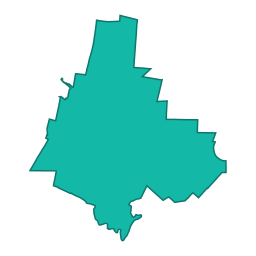 the district of Focsani, Vrancea, Romania
{"feature_id": "2599482B48178817196706", "entity_name": "Focsani", "entity_type": "district", "adm_level": 2, "iso_a3": "ROU", "parent_name": "Romania", "parent_adm1": "Vrancea", "projection": "mercator", "projection_center": [27.2, 45.699], "detail": "fine", "context": "isolated", "style": "filled", "palette": "teal", "viewbox_px": 256, "rotation_deg": 0, "n_neighbors": 0, "source": "geoboundaries", "source_scale": "gbopen_adm2", "svg_char_len": 5667}
<svg xmlns="http://www.w3.org/2000/svg" viewBox="0 0 256 256"><path d="M123.6,240.1L124.0,239.7L124.3,239.0L124.8,238.2L125.4,237.4L126.1,236.4L126.7,235.9L126.9,235.6L127.1,235.2L127.6,234.1L128.2,232.8L128.7,231.7L129.0,231.1L129.3,230.1L129.7,228.6L130.1,227.4L130.5,226.3L131.7,224.2L132.7,222.5L133.0,222.2L133.3,221.7L133.7,221.3L134.3,220.6L134.5,220.4L135.5,219.8L135.9,219.6L136.7,219.4L137.9,219.0L138.3,218.9L138.6,218.8L138.9,218.6L139.3,218.3L140.7,217.3L141.1,216.9L141.3,216.6L141.4,216.0L141.4,215.7L141.4,215.4L141.2,215.2L140.9,214.9L140.7,214.9L139.4,215.1L138.5,215.3L137.8,215.4L137.4,215.2L137.0,215.0L136.5,214.6L135.7,214.9L135.6,215.2L135.4,215.7L135.2,216.1L134.9,216.3L134.5,216.4L134.2,216.6L134.0,216.9L133.9,217.0L133.5,217.2L133.2,217.3L132.9,217.1L132.7,216.9L132.5,216.6L132.3,216.3L132.1,216.0L132.1,215.7L131.9,215.4L131.6,214.9L131.3,214.3L131.1,213.9L130.7,213.1L130.6,212.8L130.5,212.4L130.6,212.0L130.8,211.2L130.9,210.8L131.0,210.5L131.1,209.9L131.0,209.3L131.0,208.6L131.0,208.2L131.1,207.8L131.2,207.5L131.3,206.3L130.4,205.7L129.8,205.2L128.8,204.7L129.3,203.7L130.0,202.5L130.4,202.0L130.7,201.8L131.1,201.5L131.8,201.2L132.8,201.0L133.6,200.6L134.6,200.1L135.7,199.5L136.6,199.1L138.9,198.8L140.2,198.4L140.6,198.2L140.8,198.0L141.1,197.5L142.0,195.7L146.9,185.8L163.1,200.3L165.1,199.1L165.7,198.7L166.3,198.3L166.7,198.0L167.6,197.6L168.7,196.9L172.9,200.6L174.7,202.3L175.1,202.2L175.8,202.2L177.6,201.9L181.5,201.3L183.4,201.0L183.7,200.9L184.9,200.9L186.8,199.0L187.9,198.1L188.3,197.7L189.1,196.7L189.6,196.1L190.4,195.3L191.0,194.6L191.7,193.9L192.9,192.8L194.8,194.4L196.4,195.8L197.0,196.3L198.1,197.3L198.5,197.7L202.3,193.6L202.6,193.1L204.7,190.8L205.7,189.7L207.2,188.1L207.6,188.4L222.0,172.5L226.0,172.5L226.0,167.0L225.9,160.8L225.6,160.9L225.2,160.9L224.3,160.8L223.4,160.7L222.7,160.6L221.6,160.2L220.0,159.4L218.7,158.5L217.8,157.8L216.8,157.0L216.3,156.4L215.7,155.6L214.7,153.8L214.5,153.1L214.1,151.4L213.8,150.2L213.8,149.3L213.7,148.9L213.6,148.4L213.6,147.9L213.5,147.3L213.5,147.0L213.6,146.6L213.7,145.8L213.9,145.4L214.0,145.2L214.7,143.2L214.9,142.9L215.1,142.2L215.1,141.7L213.8,141.6L212.6,141.5L214.9,135.2L215.7,132.9L197.3,132.6L197.5,126.1L197.7,119.8L188.2,119.7L181.0,119.6L177.5,119.5L174.0,119.4L167.7,119.4L166.3,119.4L166.4,113.9L167.0,102.5L167.1,101.5L167.2,101.0L156.9,101.5L159.4,91.3L162.1,79.7L161.2,79.8L160.6,79.8L157.2,79.2L154.7,78.8L150.0,78.0L146.0,77.3L142.9,76.8L142.3,76.7L142.8,76.2L149.0,70.4L150.7,68.8L147.9,68.6L144.8,68.3L141.2,68.0L138.7,67.9L136.5,67.7L134.9,67.6L133.8,67.5L134.5,57.7L134.6,56.3L134.9,52.3L135.4,45.7L135.5,43.9L136.3,33.7L136.6,27.7L136.9,24.0L137.4,20.0L137.2,19.8L136.2,19.5L129.4,17.8L128.2,17.5L125.4,16.8L122.5,16.1L120.1,15.4L119.7,21.2L119.2,21.3L117.8,21.3L110.3,21.7L108.6,21.7L106.4,21.6L102.8,21.2L102.2,21.1L100.7,20.9L99.3,20.7L98.9,20.7L98.4,20.6L97.6,20.3L97.0,20.2L96.6,20.2L96.3,23.4L95.8,27.3L95.1,32.5L94.5,36.3L93.8,41.6L92.9,46.1L92.0,50.0L91.5,51.9L91.1,53.3L90.7,54.7L90.3,56.0L89.6,58.3L89.1,60.4L88.7,62.1L88.3,64.0L88.0,65.1L87.6,66.8L87.1,68.3L86.7,70.0L86.7,70.5L85.6,74.8L77.9,73.9L77.6,73.9L75.6,73.7L73.7,84.8L73.2,87.3L72.9,87.2L72.1,86.7L71.3,85.9L69.1,84.1L68.1,83.8L67.8,84.2L66.9,83.5L66.1,83.0L65.8,83.4L64.5,82.5L63.5,81.8L62.8,81.1L62.3,80.6L61.9,79.9L61.6,79.8L62.6,79.0L62.0,78.3L61.2,79.4L61.5,79.9L63.4,82.2L64.8,83.1L67.6,85.3L68.9,86.4L69.9,87.4L70.8,88.1L69.5,89.4L69.3,89.9L69.1,90.8L68.5,93.6L68.4,93.7L68.2,95.3L68.4,95.4L67.8,97.1L67.3,97.4L67.2,98.0L66.8,98.6L66.1,98.2L65.8,99.0L65.2,99.7L60.9,96.5L60.4,96.8L59.7,96.9L60.0,97.1L60.2,97.4L60.3,97.6L60.3,98.5L59.9,99.9L59.6,101.7L58.8,106.0L57.4,112.4L55.7,120.5L55.2,120.7L49.4,119.1L47.7,125.7L47.0,128.7L47.2,131.1L47.3,132.4L47.5,135.0L47.0,134.7L46.8,135.2L46.7,135.4L46.7,135.8L46.5,136.2L46.3,136.9L45.8,138.2L46.9,138.7L47.4,138.9L48.3,139.5L45.5,144.5L44.3,146.5L42.4,149.4L41.0,151.9L37.3,157.9L35.3,161.5L35.1,161.9L30.0,170.6L34.8,170.7L39.9,170.7L44.9,170.8L49.3,170.8L53.9,170.8L54.9,170.8L55.3,170.9L55.7,171.0L56.3,171.1L55.0,178.1L54.4,180.8L53.7,184.4L53.6,185.2L53.5,185.8L58.2,187.3L58.2,187.7L60.7,188.9L62.3,189.7L63.1,190.0L63.9,190.4L66.3,191.5L70.0,193.3L70.7,193.4L71.5,193.1L71.6,193.3L71.6,193.5L72.1,193.9L74.2,194.9L74.3,195.0L75.2,195.4L76.4,196.0L77.5,196.5L78.1,196.7L79.5,197.3L80.6,197.8L82.5,199.1L83.2,199.4L83.7,199.7L84.1,200.3L85.1,200.9L85.6,201.4L86.1,202.2L86.4,202.9L87.2,203.4L88.6,203.6L89.8,203.7L90.6,203.9L91.8,204.4L94.9,205.4L95.3,205.9L95.0,207.0L94.7,207.7L94.5,208.1L93.9,208.8L93.7,209.4L93.9,210.8L94.0,211.8L93.9,212.9L94.0,213.3L94.3,214.7L94.8,216.3L95.1,217.6L95.3,218.6L95.4,218.9L95.8,219.4L96.1,219.7L96.4,219.9L96.8,220.2L97.5,220.9L97.8,221.3L97.9,221.6L98.0,222.1L98.3,223.1L98.8,224.4L99.0,224.6L99.2,224.8L99.7,225.0L100.2,225.0L101.1,224.8L101.4,224.6L102.0,224.5L102.2,224.4L102.9,224.3L103.5,224.0L104.4,223.6L104.8,223.5L105.3,223.4L105.8,223.4L106.4,223.4L106.9,223.6L107.2,223.8L107.4,224.0L107.5,224.3L107.5,225.1L107.5,225.8L107.5,226.5L107.6,227.2L107.4,227.8L107.3,228.2L107.6,228.5L108.2,229.0L109.0,229.4L109.5,229.4L110.1,229.2L110.7,228.9L111.0,228.8L111.7,228.8L112.1,228.7L113.0,228.8L114.0,229.1L114.2,229.3L114.3,229.5L114.3,230.1L114.3,230.5L114.6,230.9L115.1,231.4L115.6,232.1L115.9,232.3L116.5,232.7L116.9,232.7L117.3,232.6L117.5,232.4L117.7,232.1L117.9,230.5L118.2,230.0L118.7,229.5L119.3,229.4L119.8,229.4L120.3,229.6L120.8,230.1L120.9,230.5L120.6,231.1L120.6,231.3L120.4,231.6L120.3,232.3L120.4,233.4L121.1,238.7L121.5,239.8L122.0,240.3L122.4,240.6L122.7,240.6L123.0,240.6L123.6,240.1Z" fill="#14b8a6" stroke="#0f766e" stroke-width="1.5"/></svg>